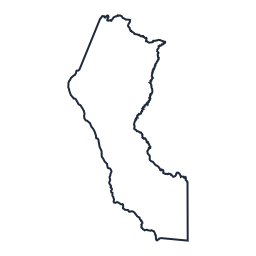 Jacareacanga, Pará, Brazil
{"feature_id": "56859067B99628293972220", "entity_name": "Jacareacanga", "entity_type": "district", "adm_level": 2, "iso_a3": "BRA", "parent_name": "Brazil", "parent_adm1": "Pará", "projection": "robinson", "projection_center": [-57.195, -7.478], "detail": "fine", "context": "isolated", "style": "outline", "palette": "slate", "viewbox_px": 256, "rotation_deg": 0, "n_neighbors": 0, "source": "geoboundaries", "source_scale": "gbopen_adm2", "svg_char_len": 5825}
<svg xmlns="http://www.w3.org/2000/svg" viewBox="0 0 256 256"><path d="M86.1,120.9L86.0,120.5L87.0,120.7L90.0,123.2L91.3,126.6L93.0,128.6L94.5,131.3L95.9,135.3L96.2,138.2L96.5,138.4L97.4,138.5L97.8,138.7L98.4,139.7L99.6,146.9L101.3,150.4L101.6,151.6L101.7,155.7L101.9,156.9L103.2,158.6L104.6,161.5L107.1,163.9L107.2,165.3L107.7,167.6L108.3,168.2L109.7,168.4L110.2,168.7L111.4,170.8L111.4,171.9L110.4,174.1L110.3,175.6L109.6,176.9L109.6,177.9L110.1,179.3L110.1,180.3L109.2,182.2L109.2,182.7L109.5,183.7L111.0,185.9L111.0,186.4L110.5,187.2L110.6,187.6L111.7,188.4L111.9,188.7L111.9,189.1L111.7,190.0L111.1,190.7L111.2,192.0L111.3,192.4L112.5,192.9L112.4,195.7L112.6,196.2L113.4,197.1L113.5,198.2L113.8,198.8L114.0,199.7L113.6,201.6L114.0,202.5L115.6,202.8L117.2,202.0L119.6,203.3L120.6,204.2L121.2,204.3L122.5,204.1L123.0,204.6L123.2,205.8L123.2,206.6L122.9,207.5L122.9,208.2L123.1,208.5L123.7,208.7L124.7,209.7L128.1,210.1L128.5,210.5L128.7,211.3L129.1,211.7L129.7,211.8L131.0,211.3L132.1,211.3L133.3,211.7L134.4,212.5L137.3,216.4L139.6,217.7L139.8,219.0L140.5,219.9L141.4,220.5L141.2,221.3L142.0,221.9L142.4,222.4L142.3,223.4L141.3,224.7L141.7,226.0L141.4,226.6L141.4,227.6L142.4,228.2L142.7,228.9L143.3,229.5L144.0,229.7L144.6,230.3L146.9,229.7L147.6,230.2L150.6,230.7L151.6,230.2L152.4,230.8L153.6,231.1L154.5,232.3L155.4,235.2L155.7,235.2L155.9,235.9L155.9,238.1L156.2,238.8L156.1,239.5L156.7,240.3L157.0,240.4L157.9,239.8L158.9,239.1L159.2,238.5L161.2,238.1L187.7,240.6L187.5,182.1L187.2,182.0L186.7,180.7L185.8,180.2L185.6,179.4L185.9,178.2L185.5,177.1L184.3,177.8L183.9,177.6L183.7,176.7L183.3,176.6L182.8,176.7L181.3,176.4L180.8,176.8L180.5,175.4L179.7,174.3L179.7,173.9L178.3,172.7L176.9,172.7L176.6,173.0L176.6,173.7L176.1,174.1L175.8,175.4L175.0,176.2L173.7,176.8L173.1,176.7L171.7,175.1L171.1,175.0L171.1,174.4L169.8,173.8L169.0,173.9L168.7,173.6L168.4,173.6L167.8,174.2L166.6,173.8L165.3,174.0L164.9,173.5L163.3,173.1L163.2,172.9L163.4,170.8L163.0,170.1L161.8,169.5L161.5,169.6L161.0,170.4L160.3,170.2L159.8,168.5L159.0,167.7L158.4,166.7L157.5,166.0L155.8,165.2L154.9,164.4L152.9,161.8L151.1,161.2L149.8,159.9L149.6,158.7L149.8,158.2L149.7,156.1L149.4,155.3L148.2,154.2L147.7,153.3L147.3,151.2L148.6,149.3L148.8,148.0L149.9,148.2L150.2,148.1L150.4,146.9L149.3,145.5L149.1,144.3L148.4,143.7L148.1,142.2L147.5,141.8L147.2,142.5L146.8,142.3L146.3,140.1L145.2,138.4L144.4,138.2L144.4,138.7L143.9,138.8L142.4,137.7L142.3,137.4L142.5,136.4L142.2,135.3L142.5,134.8L142.1,134.3L142.0,133.8L141.5,133.4L141.1,132.6L140.4,132.4L139.9,132.5L138.5,131.5L136.9,130.9L136.8,131.0L135.7,129.7L134.8,129.4L134.2,128.7L134.3,127.7L134.6,126.9L134.5,125.5L134.0,124.8L134.2,123.4L134.8,121.4L135.3,120.8L135.3,120.0L135.4,119.8L135.8,119.8L135.8,119.3L136.1,119.4L136.4,119.2L136.4,118.6L136.2,118.3L136.7,118.1L136.9,117.6L137.1,116.6L137.4,116.8L137.3,116.4L137.6,115.7L137.4,115.4L138.0,114.8L138.4,114.7L138.9,113.9L139.6,114.3L139.7,114.2L140.5,113.6L141.0,113.5L141.0,113.2L141.3,111.8L141.7,111.8L142.0,111.4L142.0,110.8L142.3,110.8L142.6,109.3L142.9,109.2L142.7,109.1L142.3,108.5L143.0,108.0L143.0,107.6L143.5,107.7L143.9,106.7L144.4,106.7L144.4,106.0L144.7,105.7L144.7,105.3L145.4,105.3L146.1,104.3L146.1,104.5L146.4,104.4L146.8,103.9L147.1,104.2L147.2,103.0L147.8,102.7L147.9,102.9L148.0,102.2L148.7,101.8L148.7,101.5L148.9,101.6L149.1,100.3L149.2,100.6L149.4,100.6L149.8,100.0L149.7,99.8L150.0,99.3L149.6,99.0L149.2,97.8L149.5,97.5L150.1,97.7L149.9,97.0L150.4,95.9L150.2,95.7L150.6,95.2L150.2,94.8L150.3,94.2L150.5,94.0L150.9,94.0L151.6,93.6L151.5,93.4L152.1,92.7L152.4,91.4L152.3,90.3L152.1,89.9L152.2,88.8L151.5,87.8L151.4,86.3L151.5,85.8L151.2,85.2L151.3,84.7L150.8,83.7L149.9,82.7L150.5,82.6L150.7,82.2L150.4,80.9L150.6,80.7L151.3,80.7L151.3,79.9L151.9,79.5L152.2,78.0L152.6,78.1L152.9,77.9L151.8,76.1L151.9,74.9L152.4,73.3L152.2,73.2L152.1,72.7L152.3,72.3L152.5,72.5L153.0,71.6L152.6,70.8L152.8,70.3L153.6,69.7L153.3,69.1L153.4,68.8L153.5,68.6L154.2,68.5L154.3,68.0L154.7,67.4L154.7,66.1L155.4,65.6L155.2,64.9L155.2,64.7L155.5,64.6L155.6,63.7L156.3,63.2L157.1,61.4L157.6,61.1L157.8,60.1L158.3,59.8L158.7,59.0L158.8,58.2L158.4,58.2L158.4,57.4L158.1,57.3L157.8,55.9L158.0,55.3L157.7,55.0L157.7,54.0L158.5,53.0L158.5,52.8L157.1,51.1L157.2,50.1L157.4,49.4L158.4,48.5L158.7,47.6L158.6,46.1L159.1,45.9L159.2,46.1L159.7,45.5L160.1,45.8L160.5,45.8L161.0,45.5L161.7,44.4L162.3,44.7L162.7,44.5L163.5,43.9L163.5,43.1L164.8,43.1L165.1,42.6L165.1,41.8L163.4,41.6L163.2,41.2L161.2,40.6L160.3,40.1L158.4,39.9L157.7,40.3L156.6,40.3L155.6,40.8L153.2,40.8L152.8,42.1L149.8,42.6L148.8,42.6L148.0,42.1L147.3,41.3L146.0,41.3L145.9,41.1L146.2,40.1L146.3,39.2L146.6,38.7L146.2,37.9L144.7,37.8L144.1,37.0L143.4,37.0L143.1,36.8L143.1,36.0L142.9,35.9L142.0,36.0L141.1,36.4L139.8,35.5L139.4,34.9L138.6,35.1L137.9,34.6L134.4,33.9L134.3,33.3L133.7,32.8L133.1,32.3L131.7,31.7L131.4,30.9L130.7,31.0L129.7,28.8L129.6,27.8L128.3,26.6L128.0,25.8L128.5,24.0L129.9,22.0L129.9,20.8L130.1,20.0L128.1,19.6L125.7,19.6L124.4,18.6L122.6,17.8L121.8,16.3L120.1,15.4L119.7,15.6L118.5,15.4L118.1,15.8L117.7,15.4L116.5,16.3L115.8,16.3L113.9,17.2L113.2,18.0L112.3,19.4L111.6,20.0L111.1,21.5L110.9,20.4L110.6,20.1L108.4,20.7L107.3,20.4L107.2,19.9L107.8,18.6L108.0,17.6L108.5,17.0L108.4,16.2L108.1,15.7L107.7,15.5L106.9,15.8L106.4,16.2L105.5,17.5L105.1,17.6L104.6,17.4L104.3,16.3L104.1,16.2L102.3,16.1L102.1,16.3L100.9,18.2L100.2,18.6L79.6,69.2L79.1,69.9L78.0,70.7L76.6,70.7L76.3,71.1L76.0,73.0L75.1,74.7L73.5,75.7L71.1,77.8L70.1,79.9L69.2,80.9L68.5,82.7L68.3,87.4L68.9,88.7L69.3,90.7L70.8,94.9L72.2,96.7L72.9,97.3L73.6,98.5L74.8,98.5L75.6,99.0L77.0,101.3L78.3,103.8L79.3,104.8L80.1,105.0L80.5,105.3L81.3,106.5L81.7,107.4L82.4,108.1L82.8,109.2L83.8,110.7L84.4,113.1L84.5,114.1L84.1,116.0L84.4,118.4L86.1,120.9Z" fill="none" stroke="#1e293b" stroke-width="2"/></svg>